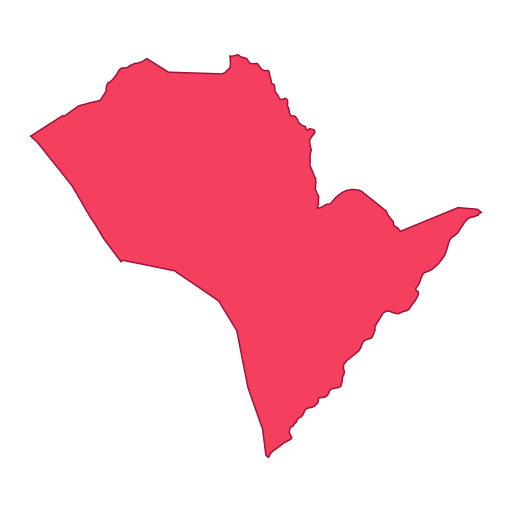 the district of Venus, Anse-la-Raye, Saint Lucia
{"feature_id": "8701671B61834764030996", "entity_name": "Venus", "entity_type": "district", "adm_level": 2, "iso_a3": "LCA", "parent_name": "Saint Lucia", "parent_adm1": "Anse-la-Raye", "projection": "mercator", "projection_center": [-61.013, 13.912], "detail": "fine", "context": "isolated", "style": "filled", "palette": "rose", "viewbox_px": 512, "rotation_deg": 0, "n_neighbors": 0, "source": "geoboundaries", "source_scale": "gbopen_adm2", "svg_char_len": 5868}
<svg xmlns="http://www.w3.org/2000/svg" viewBox="0 0 512 512"><path d="M229.9,56.0L229.9,56.3L230.2,59.1L230.4,62.8L230.2,67.1L228.7,69.1L226.8,70.6L225.3,72.4L222.1,73.9L168.6,72.2L146.8,58.6L142.3,61.6L137.4,63.2L134.6,63.5L129.7,65.7L127.3,67.6L124.8,67.9L121.1,68.2L119.0,70.1L117.5,72.9L115.0,76.7L112.3,79.9L109.8,82.1L109.3,82.4L108.1,82.5L106.7,85.4L106.2,88.1L106.2,89.5L106.0,91.1L105.0,93.0L100.1,100.5L89.3,102.9L85.8,103.9L83.7,104.6L82.9,104.7L78.1,106.1L76.9,107.2L63.8,116.5L62.9,115.7L62.7,115.6L30.7,136.1L33.7,138.9L36.7,141.6L41.3,147.1L43.5,149.9L48.3,156.1L53.3,162.2L54.6,163.8L55.8,165.5L56.1,165.7L63.4,174.9L63.6,175.1L66.2,178.5L72.1,185.8L73.9,189.1L76.3,192.9L77.6,195.2L81.7,202.4L81.8,202.5L86.3,210.4L86.6,210.8L90.9,218.2L91.1,218.3L95.1,224.1L98.6,230.0L102.5,236.6L104.1,239.2L121.1,261.8L122.3,260.3L122.5,260.3L123.7,260.5L130.6,261.9L133.0,262.4L135.3,262.8L138.3,263.4L139.4,263.6L146.3,265.0L156.6,267.1L157.3,267.2L157.9,267.4L159.5,267.7L160.4,267.9L161.4,268.1L174.9,270.9L175.2,271.0L176.5,272.3L194.7,284.5L207.4,293.2L218.7,300.9L219.7,302.6L236.8,330.7L240.7,350.7L244.0,367.5L247.9,387.4L258.4,417.2L259.1,419.1L260.4,422.9L262.5,428.7L263.0,432.4L263.4,435.3L265.9,455.3L267.5,456.8L268.0,457.2L269.1,456.6L269.2,456.1L270.1,454.2L271.1,452.8L272.2,451.7L274.1,450.2L274.4,450.0L275.7,449.1L276.1,448.8L277.2,448.0L281.6,444.7L283.2,443.4L286.3,441.6L288.5,440.5L289.0,440.2L291.2,438.8L291.3,438.6L291.7,437.3L290.6,435.4L289.3,432.8L289.3,432.5L289.7,429.8L290.3,427.9L290.8,426.8L293.0,426.2L294.5,423.7L296.2,422.3L296.9,420.4L298.8,417.9L301.2,416.9L303.5,413.7L304.1,412.0L304.9,410.3L305.6,409.3L306.0,409.0L306.3,408.8L307.2,408.5L308.7,407.9L309.6,407.7L312.1,407.3L314.7,405.9L315.2,405.5L315.8,404.8L316.4,404.4L317.7,402.9L317.8,402.7L318.1,401.9L318.2,401.6L318.3,401.3L318.4,400.4L318.3,399.4L318.8,397.9L320.7,397.7L322.3,397.5L324.3,397.3L325.7,396.7L326.2,396.4L327.1,395.7L328.4,393.7L328.7,393.1L329.1,391.7L329.7,390.6L329.9,390.2L330.4,389.8L331.4,389.1L332.0,388.8L333.8,388.5L335.0,388.1L336.6,387.9L337.7,387.7L339.7,387.0L340.7,386.3L341.6,383.9L342.2,380.9L342.2,380.7L342.5,377.3L343.9,374.4L344.4,372.2L343.3,367.3L344.0,364.0L347.2,360.3L350.0,358.0L353.9,355.0L356.8,352.5L358.3,351.3L359.1,350.3L360.8,347.7L361.4,345.9L361.8,344.5L363.1,342.0L363.2,341.6L364.6,340.7L365.9,339.9L368.0,339.2L368.5,339.0L368.8,338.9L369.1,338.8L371.3,338.0L372.2,336.8L372.9,335.4L374.4,332.1L374.6,331.2L374.8,330.7L375.1,329.8L374.8,328.0L375.0,327.1L375.3,326.2L375.9,324.9L376.0,324.8L376.9,322.8L378.6,320.7L380.7,317.0L383.3,313.0L386.3,311.1L389.5,311.2L393.2,312.8L398.4,313.8L402.4,311.8L404.2,311.4L406.7,310.7L408.9,309.3L410.4,307.2L412.8,303.5L414.1,302.2L415.6,299.9L416.9,297.8L418.4,294.3L418.2,291.8L415.8,289.9L415.8,288.1L417.1,286.8L418.7,284.4L419.9,281.6L420.9,278.5L422.6,274.6L424.5,272.5L426.9,271.8L428.9,271.0L431.4,269.7L433.1,268.6L435.2,266.7L438.4,263.7L441.8,259.4L443.9,256.4L444.8,254.8L446.2,251.4L447.8,246.1L448.5,243.3L450.1,239.5L451.1,238.0L452.9,236.6L455.4,235.0L457.4,233.1L458.7,231.6L460.4,228.6L461.5,227.0L464.7,222.0L467.3,219.3L469.8,217.7L471.6,217.2L474.5,216.6L475.7,216.0L476.4,215.7L478.2,215.2L478.4,214.9L478.6,214.4L478.9,213.5L480.0,213.2L481.3,212.3L477.6,209.4L476.0,209.2L458.0,207.6L448.4,211.6L400.4,231.3L397.8,228.0L393.8,225.6L393.3,221.8L388.1,215.3L386.6,212.0L386.5,211.3L361.3,191.1L358.3,190.0L355.7,189.9L353.2,189.4L350.5,189.7L346.7,190.4L342.1,192.5L335.9,197.3L329.9,204.2L326.7,204.2L320.5,207.7L317.1,208.2L318.5,204.4L318.3,202.7L318.7,196.4L317.2,193.8L315.3,188.9L315.3,187.4L315.9,182.7L315.7,179.2L309.7,164.7L310.1,163.5L310.1,154.0L311.4,150.1L310.6,147.5L310.0,144.5L309.5,140.6L311.4,137.1L314.8,132.8L314.8,131.3L313.9,129.7L309.2,128.6L307.6,130.2L306.4,130.0L305.4,126.5L302.5,125.7L300.6,124.2L298.5,122.4L297.9,121.3L297.8,119.9L297.3,119.3L295.3,116.4L294.8,116.2L294.0,115.9L292.9,116.0L291.4,115.9L290.6,115.7L290.3,115.0L289.8,113.8L289.6,113.2L289.5,112.8L289.3,111.8L289.2,111.2L289.2,110.8L289.1,110.2L289.0,109.8L288.9,109.1L288.6,108.1L288.1,107.2L287.8,106.7L287.6,106.3L287.5,106.0L287.2,105.3L287.2,105.0L287.5,104.5L287.5,104.0L287.6,102.9L287.7,102.4L287.6,102.1L287.6,101.2L287.6,100.7L287.5,100.3L287.2,99.9L286.8,99.3L286.5,98.9L286.2,98.9L285.8,98.7L285.0,98.5L284.5,98.4L283.7,98.8L283.1,99.0L282.2,99.4L281.8,99.6L281.1,99.6L280.7,99.5L280.2,99.1L279.9,98.9L279.5,98.4L279.2,98.1L278.9,97.7L278.7,97.1L278.5,96.5L278.3,96.1L278.1,95.6L277.8,95.3L277.5,94.8L276.8,93.9L276.6,93.6L276.2,93.0L275.9,92.7L275.6,92.3L275.5,92.0L275.2,91.3L275.0,90.8L274.9,90.2L274.9,89.8L274.8,89.2L274.8,88.8L274.7,87.8L274.6,87.0L274.6,86.6L274.6,86.1L274.4,85.1L274.1,84.7L273.3,84.1L272.6,84.0L272.2,83.9L271.8,83.6L271.6,83.3L271.4,82.7L271.4,82.2L271.4,81.8L271.3,81.4L271.1,80.2L271.0,79.7L270.7,78.6L270.6,78.2L270.4,77.6L270.2,77.3L270.0,76.7L269.8,76.4L269.8,76.0L269.8,75.6L269.7,75.2L269.6,74.6L269.6,74.4L269.5,73.8L269.5,73.7L269.4,73.1L269.3,72.5L269.0,71.7L268.6,71.0L268.3,70.5L268.0,70.5L267.2,70.6L266.9,70.7L266.1,70.7L265.7,70.6L265.4,70.6L264.9,70.5L264.2,70.5L262.4,69.9L262.1,69.6L261.8,69.3L261.1,68.5L260.4,67.7L259.6,66.6L259.2,66.1L258.5,65.2L257.7,63.9L257.4,63.7L256.4,63.4L256.1,63.5L255.8,63.6L255.3,63.7L254.5,63.6L252.6,63.8L252.0,63.7L251.2,63.6L250.7,63.4L250.1,63.1L249.9,63.0L249.6,62.8L249.4,62.6L249.1,62.3L248.9,62.0L248.7,61.8L248.6,61.4L248.3,61.1L248.1,60.9L247.9,60.5L247.7,60.1L247.5,59.7L247.3,59.4L246.9,59.0L246.7,58.7L245.8,58.2L245.1,58.0L244.7,57.9L244.4,57.8L244.0,57.7L243.3,57.5L242.1,57.1L241.7,57.1L241.1,57.0L240.6,56.9L240.3,56.8L239.8,56.0L239.5,55.8L239.2,55.4L237.5,54.8L237.1,54.9L236.3,55.2L235.5,55.4L234.8,55.6L233.3,56.0L232.6,56.1L232.3,56.1L231.8,56.2L231.0,56.2L230.6,56.1L229.9,56.0Z" fill="#f43f5e" stroke="#9f1239" stroke-width="1.5"/></svg>